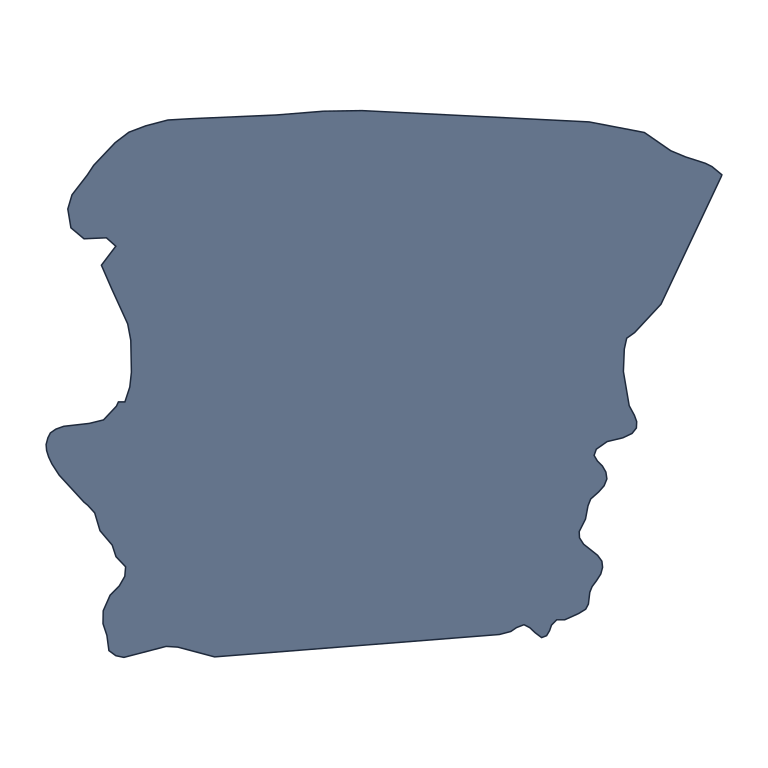 an SVG outline of Saramacca
{"feature_id": "SUR-73", "entity_name": "Saramacca", "entity_type": "District", "adm_level": 1, "iso_a3": "SUR", "parent_name": "Suriname", "parent_adm1": "", "projection": "mercator", "projection_center": [-55.645, 5.696], "detail": "fine", "context": "isolated", "style": "filled", "palette": "slate", "viewbox_px": 768, "rotation_deg": 0, "n_neighbors": 0, "source": "natural_earth", "source_scale": "10m", "svg_char_len": 1480}
<svg xmlns="http://www.w3.org/2000/svg" viewBox="0 0 768 768"><path d="M118.4,401.9L124.9,401.9L129.8,387.0L131.4,372.3L130.8,340.4L127.7,323.9L111.5,288.4L101.4,265.2L115.8,246.2L106.4,237.8L94.9,238.3L84.0,238.8L70.9,227.8L67.8,209.0L72.0,194.8L87.3,175.0L93.7,165.3L106.0,152.3L115.2,142.6L128.9,132.2L145.8,125.8L167.9,120.0L190.7,118.7L276.0,115.0L323.3,111.2L362.0,110.6L589.1,121.9L644.4,132.5L670.7,150.7L685.5,156.9L705.4,163.3L712.0,166.6L721.9,174.8L721.3,176.5L661.0,304.2L634.6,332.6L626.7,338.2L624.3,349.1L623.4,371.5L629.2,405.7L634.4,415.3L636.7,421.6L636.4,428.0L632.1,433.4L622.9,437.8L607.1,441.6L596.3,449.2L594.1,455.4L597.4,461.0L602.4,466.0L605.9,472.1L606.9,478.9L604.1,485.8L598.6,492.0L590.7,499.0L588.0,505.8L585.5,519.1L579.2,531.6L579.5,537.8L583.6,544.2L597.6,555.3L601.9,561.2L602.6,567.3L600.8,574.0L596.5,580.7L592.1,586.6L589.8,592.3L588.4,604.1L585.7,609.2L578.7,613.5L564.7,619.8L556.7,619.8L551.5,625.1L549.6,630.6L546.6,635.7L541.6,637.6L535.1,632.7L529.8,627.7L524.0,624.7L516.5,627.6L510.8,631.5L499.4,634.5L214.6,656.9L177.7,647.1L166.1,646.4L123.9,657.4L115.8,655.7L108.9,650.6L106.9,635.4L103.0,623.7L103.2,610.8L110.1,595.2L119.3,585.9L124.8,576.3L125.6,566.8L116.0,556.7L112.2,545.1L100.0,530.7L94.7,512.9L87.7,505.2L84.1,502.3L59.2,475.2L51.9,463.9L48.6,456.9L46.6,450.5L46.1,444.5L47.9,437.8L50.4,432.9L55.9,429.1L63.7,426.3L89.3,423.4L103.5,419.9L116.4,406.2L118.4,401.9Z" fill="#64748b" stroke="#1e293b" stroke-width="1.5"/></svg>